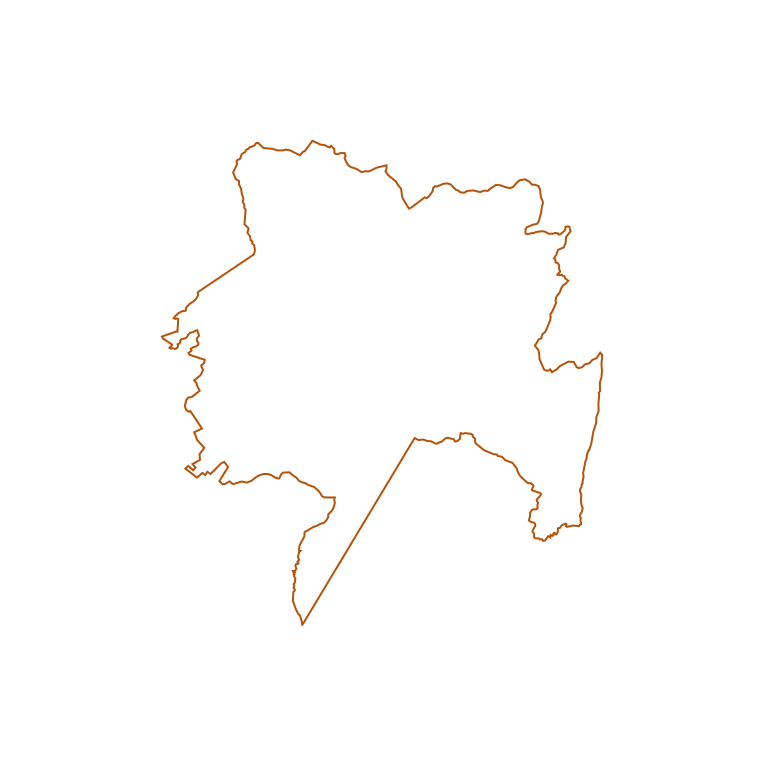 the Province of Northern Cape, rotated 211°
{"feature_id": "ZAF-1188", "entity_name": "Northern Cape", "entity_type": "Province", "adm_level": 1, "iso_a3": "ZAF", "parent_name": "South Africa", "parent_adm1": "", "projection": "mercator", "projection_center": [20.625, -28.845], "detail": "fine", "context": "isolated", "style": "outline", "palette": "amber", "viewbox_px": 768, "rotation_deg": 211, "n_neighbors": 0, "source": "natural_earth", "source_scale": "10m", "svg_char_len": 6166}
<svg xmlns="http://www.w3.org/2000/svg" viewBox="0 0 768 768"><g transform="rotate(211 384 384)"><path d="M175.1,329.5L176.3,329.8L178.3,333.0L180.7,333.9L181.2,335.0L181.3,340.5L182.4,341.9L184.1,342.3L187.5,341.4L189.5,341.7L190.9,346.4L192.4,348.8L192.4,351.8L191.9,353.2L189.2,354.7L188.3,356.4L190.2,359.4L190.9,361.8L192.9,362.5L193.5,363.8L192.5,368.7L192.6,370.6L194.5,370.9L202.1,369.1L202.9,369.7L203.4,373.7L204.6,374.2L207.0,374.6L209.1,373.4L210.8,373.2L219.7,375.2L223.5,377.2L226.7,379.9L233.2,382.6L240.8,381.2L245.5,382.4L249.4,380.9L250.8,381.7L253.9,380.3L264.1,378.8L275.2,380.4L278.0,384.1L280.8,384.6L282.0,386.1L284.0,386.0L289.3,383.6L290.6,382.0L293.0,381.4L290.7,375.9L291.8,372.9L293.1,371.5L293.9,371.4L295.7,372.6L301.9,370.6L303.4,369.0L304.9,364.1L306.1,363.2L307.9,360.0L309.0,359.5L314.3,359.1L317.5,357.4L321.6,356.7L325.4,353.8L329.9,353.4L329.9,134.7L330.2,135.7L332.5,138.4L336.7,142.2L339.4,143.0L343.5,145.5L350.4,151.2L354.6,159.1L354.1,161.0L354.6,161.8L356.6,162.8L356.8,164.7L358.4,165.9L358.1,167.6L359.8,171.7L362.3,173.0L362.7,174.7L363.5,174.6L363.3,176.5L365.2,176.2L365.9,176.8L364.3,177.8L364.0,178.7L363.9,180.4L366.3,182.5L366.7,184.1L364.9,185.8L365.1,186.4L366.7,187.1L366.2,189.6L368.6,191.4L369.1,192.4L370.2,196.4L369.6,198.0L371.2,197.6L373.2,202.0L373.8,212.5L375.8,216.1L371.1,224.7L368.0,228.6L366.4,231.5L364.1,233.7L363.2,237.6L363.2,240.8L364.6,243.7L363.4,249.1L363.7,253.1L365.0,256.9L366.9,258.9L367.7,261.4L376.3,256.3L379.3,255.9L383.7,258.2L390.7,259.8L397.0,258.4L400.0,258.5L404.5,257.3L406.9,257.2L410.8,258.6L415.3,258.8L419.6,259.6L424.8,256.1L425.6,254.0L425.2,249.2L425.8,248.6L428.9,247.8L434.1,247.8L437.5,246.9L440.6,245.0L443.3,242.3L445.3,239.1L448.0,232.3L450.7,228.9L455.8,227.1L461.5,220.7L463.2,220.4L465.6,221.0L466.6,220.6L468.4,217.0L470.6,214.9L475.1,216.0L474.9,232.6L480.9,234.9L482.8,231.9L486.3,217.5L490.1,217.8L490.4,213.9L493.9,214.2L496.1,207.5L510.7,209.2L509.5,213.0L503.0,211.8L502.6,215.4L506.9,216.8L502.6,224.2L505.9,228.7L505.2,236.8L515.2,239.7L521.8,244.9L517.1,252.1L535.9,261.0L537.2,259.7L540.2,259.8L543.4,262.6L545.3,268.8L544.7,271.7L542.1,273.8L538.5,283.3L543.6,286.5L544.8,288.0L548.6,289.3L546.0,296.3L545.8,298.3L546.4,302.9L550.2,305.5L549.0,309.6L550.1,312.4L565.8,308.9L567.6,310.0L566.1,313.4L567.8,314.8L566.2,317.6L564.6,319.3L563.4,321.8L564.3,323.7L566.5,324.6L567.9,326.5L567.5,330.2L571.8,333.9L573.2,332.4L574.1,330.3L576.7,327.9L577.2,326.0L577.2,322.1L578.6,319.8L580.3,318.8L580.9,317.4L581.0,315.9L580.1,315.1L580.4,312.9L581.4,311.7L580.1,310.4L579.8,308.6L581.1,306.4L583.7,305.9L584.7,304.6L586.5,304.5L585.7,307.9L586.1,308.7L596.9,309.1L598.8,310.3L589.0,322.2L588.0,322.4L593.8,333.7L594.7,333.8L596.6,332.3L598.1,332.0L597.9,334.9L596.4,339.3L594.7,342.2L592.0,344.4L591.8,345.2L592.9,347.1L592.8,349.0L591.6,353.3L590.1,356.1L589.1,359.3L588.9,363.2L589.3,364.9L590.8,366.6L590.7,367.2L562.2,428.2L563.5,432.2L566.9,436.2L569.4,436.6L570.1,438.3L572.3,438.5L574.8,441.5L579.1,443.4L579.8,446.7L580.9,447.9L585.9,449.1L592.4,462.2L594.5,463.0L596.4,466.0L598.9,467.2L599.7,470.1L604.4,474.4L607.2,477.9L611.1,480.4L612.8,483.3L616.7,483.4L622.3,487.6L623.1,496.5L625.2,499.3L624.9,500.7L623.6,502.3L623.4,503.5L624.4,507.6L622.5,511.4L622.8,513.5L621.4,516.0L621.1,517.5L618.0,521.6L617.6,524.7L616.0,525.8L608.8,524.2L600.8,528.1L595.7,529.3L590.5,532.5L589.3,534.1L584.9,535.9L573.9,536.7L573.1,541.1L572.0,542.6L571.4,546.1L570.7,555.6L561.9,556.5L557.0,558.4L553.8,558.4L552.3,558.9L551.9,560.9L547.7,559.8L545.3,556.5L543.8,556.3L542.1,557.0L540.6,559.2L536.8,561.6L534.3,559.6L534.4,558.2L533.9,557.0L528.0,553.3L524.3,552.8L518.8,554.2L512.2,554.1L509.8,556.6L506.4,558.5L501.5,565.9L494.5,572.7L492.8,569.9L492.2,567.0L487.8,565.1L477.8,563.7L474.6,561.8L469.8,560.1L465.0,553.9L462.9,552.4L453.0,547.2L451.5,549.3L445.2,565.0L443.1,565.4L442.2,567.4L441.6,574.2L442.9,577.7L441.8,580.1L440.5,580.4L436.0,586.4L432.9,588.6L429.7,589.4L422.4,587.5L420.3,588.1L418.0,587.7L416.3,588.0L413.7,589.3L412.2,592.3L406.8,596.1L400.5,597.9L397.8,601.3L394.5,603.0L393.4,606.5L390.5,612.4L386.4,614.3L380.9,615.4L377.0,616.8L374.8,619.3L373.8,625.3L372.7,628.5L368.5,632.1L363.3,632.3L360.0,631.1L357.0,632.6L353.4,633.3L349.9,630.5L345.8,625.0L342.1,622.4L340.8,620.6L340.1,617.4L337.5,611.7L335.1,603.0L335.3,600.1L338.3,597.3L342.3,592.0L342.3,589.4L340.8,586.6L339.9,585.8L338.3,586.1L335.0,589.5L333.5,590.4L331.8,592.7L326.9,596.6L324.0,597.5L320.3,597.6L316.6,599.8L315.1,601.7L312.4,602.7L311.2,602.0L310.1,602.9L308.4,607.6L308.1,609.6L309.4,612.3L309.1,612.8L306.1,614.3L302.8,610.9L303.6,603.5L301.0,598.5L300.3,593.6L303.9,588.7L302.9,584.0L303.0,579.2L301.4,579.0L299.4,576.6L297.4,577.1L295.0,576.0L293.2,572.8L290.9,571.1L291.8,567.1L291.5,566.8L287.5,569.2L286.3,568.8L284.9,569.3L282.7,567.8L279.2,567.4L280.0,563.3L281.2,561.2L281.5,558.3L280.5,552.9L281.2,547.6L279.9,543.7L278.5,542.5L278.1,541.0L277.1,532.6L277.5,529.7L275.5,527.1L274.3,523.9L272.6,512.2L273.8,508.0L272.7,504.3L274.3,501.9L274.4,494.5L269.2,492.7L266.9,490.3L263.5,485.4L254.2,478.8L251.4,479.1L249.8,480.4L249.1,482.2L246.2,480.6L243.6,485.4L242.3,490.2L237.5,498.1L232.7,500.6L227.5,497.7L225.6,497.7L223.0,500.2L221.7,504.6L218.6,507.5L217.8,512.0L215.2,515.5L214.8,522.2L211.9,521.3L207.7,512.8L203.9,507.5L201.0,501.6L199.6,496.2L195.1,489.2L195.3,486.9L193.9,485.4L190.5,478.4L186.1,471.2L184.9,464.9L182.1,460.0L179.9,450.6L175.6,439.6L174.1,433.2L174.4,433.2L174.1,429.9L172.8,425.7L172.1,425.1L171.5,421.5L167.5,410.4L164.9,406.8L163.8,403.1L162.7,401.4L162.8,400.0L161.6,397.1L161.7,394.7L160.9,393.3L157.5,390.3L155.7,386.4L153.3,383.0L149.8,379.9L148.6,376.4L148.5,373.0L147.8,371.1L146.3,370.5L145.1,367.9L142.8,365.4L143.7,364.1L143.7,362.6L149.6,359.7L153.6,355.7L154.7,355.8L155.3,357.8L156.2,357.9L157.2,357.0L158.8,354.7L159.2,351.1L160.6,350.0L158.7,346.3L158.7,343.9L159.7,343.5L161.2,344.3L161.7,343.9L161.8,343.1L160.9,341.4L161.4,340.6L163.4,340.4L162.4,338.1L164.6,338.3L165.0,337.7L165.3,332.9L166.8,331.4L168.3,332.3L170.3,331.1L171.7,331.4L175.1,329.5Z" fill="none" stroke="#b45309" stroke-width="2"/></g></svg>